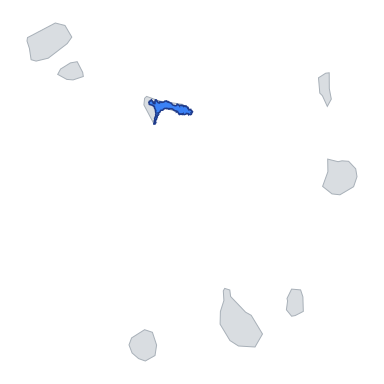 Nossa Senhora Do Rosario, Ribeira Brava, Cabo Verde shown in context
{"feature_id": "66160863B38183693605809", "entity_name": "Nossa Senhora Do Rosario", "entity_type": "district", "adm_level": 2, "iso_a3": "CPV", "parent_name": "Cabo Verde", "parent_adm1": "Ribeira Brava", "projection": "robinson", "projection_center": [-24.164, 16.566], "detail": "fine", "context": "in_parent", "style": "filled", "palette": "blue", "viewbox_px": 384, "rotation_deg": 0, "n_neighbors": 0, "source": "geoboundaries", "source_scale": "gbopen_adm2", "svg_char_len": 6245}
<svg xmlns="http://www.w3.org/2000/svg" viewBox="0 0 384 384"><path d="M262.5,334.0L255.0,347.0L238.5,346.0L230.0,340.6L220.1,324.2L220.4,311.5L223.9,300.5L223.3,290.9L224.7,288.4L229.8,290.0L230.6,296.5L245.6,312.2L251.2,315.3L262.5,334.0ZM48.2,58.2L36.1,61.1L31.1,59.7L29.4,48.4L27.0,41.0L27.5,37.6L55.3,23.0L65.0,25.5L71.8,37.1L67.2,43.6L48.2,58.2ZM327.7,159.1L338.1,161.7L342.0,160.8L348.6,161.3L355.7,168.8L357.0,176.7L353.6,186.7L339.9,194.8L332.0,193.9L322.6,186.4L327.9,171.7L327.7,159.1ZM155.0,355.5L145.3,361.0L138.6,358.6L132.1,353.0L129.0,344.9L131.6,337.9L144.6,329.7L152.4,332.3L156.6,345.1L155.0,355.5ZM182.4,104.3L187.6,108.5L189.3,111.5L181.6,113.0L163.2,107.6L158.2,110.9L153.3,122.7L143.9,104.9L144.6,98.3L146.6,96.4L159.7,101.1L182.4,104.3ZM295.1,315.6L291.6,316.2L286.4,309.8L287.6,300.9L287.0,298.5L291.6,289.1L300.6,289.9L302.9,296.9L303.3,311.4L295.1,315.6ZM83.3,76.5L73.1,79.9L66.8,79.4L57.7,74.4L60.6,69.0L70.4,62.9L77.2,61.7L82.7,72.4L83.3,76.5ZM331.3,99.1L327.3,106.4L322.4,95.7L319.8,93.1L318.5,77.8L325.7,73.2L329.2,72.8L329.3,88.7L331.3,99.1Z" fill="#d9dde1" stroke="#a8b0b8" stroke-width="1"/><path d="M149.9,101.2L149.6,101.5L149.4,101.4L149.3,101.7L149.1,101.8L148.8,102.5L149.2,103.0L149.1,103.4L149.1,103.8L149.3,104.4L149.4,104.5L150.5,104.6L151.1,105.0L151.3,104.9L151.5,105.0L151.8,105.0L152.1,105.1L152.5,105.5L152.8,105.4L153.0,105.5L153.2,105.8L153.6,105.9L153.7,106.2L154.1,106.2L154.4,106.5L154.2,106.8L154.3,107.3L154.6,107.6L154.6,108.4L154.9,108.6L155.0,108.9L155.1,109.0L155.2,109.5L155.4,109.8L155.4,110.0L155.6,110.1L155.6,110.4L155.7,110.5L155.4,110.7L155.4,110.9L155.6,111.3L155.8,112.0L155.6,112.1L155.7,112.7L155.9,113.0L156.0,113.3L156.0,113.9L155.8,114.1L155.9,114.4L155.7,114.7L155.8,114.8L155.7,115.1L155.9,115.5L155.7,115.8L155.7,116.2L155.2,116.9L155.3,117.2L155.2,117.4L155.0,117.5L154.8,118.1L154.6,118.3L154.7,118.6L154.7,119.0L154.7,119.4L154.7,120.1L154.4,120.5L154.5,120.7L154.5,121.5L154.3,121.8L154.3,122.1L154.4,122.4L153.8,123.4L153.9,124.1L154.2,124.7L154.1,124.2L154.4,124.1L154.7,123.8L155.1,124.0L155.5,123.8L155.3,123.8L155.2,123.7L155.3,123.3L155.5,123.1L155.2,123.1L155.1,122.6L155.3,121.6L155.7,121.2L155.6,120.4L155.9,119.9L156.0,119.9L156.6,119.1L156.7,118.2L157.1,117.3L157.3,117.1L157.1,116.7L157.3,115.8L157.5,115.6L157.9,115.5L158.1,115.4L158.1,115.6L158.2,115.4L158.0,114.9L158.0,114.7L158.1,114.0L158.2,113.8L158.4,113.8L158.3,113.7L158.5,113.6L158.4,113.2L158.5,113.1L158.4,113.0L158.5,113.0L158.7,112.7L159.1,112.4L159.6,112.4L159.7,112.0L160.1,111.8L160.2,111.4L160.4,110.8L161.0,110.2L161.3,110.3L161.5,110.3L162.3,110.2L162.8,110.2L163.1,109.7L163.4,109.4L163.4,109.2L163.7,109.1L164.0,108.9L164.2,108.6L164.4,108.5L164.7,108.4L164.9,108.6L165.1,108.4L165.5,108.4L166.3,108.3L166.4,108.5L166.6,108.3L167.0,108.4L167.8,108.4L168.0,108.5L168.0,108.8L168.3,108.9L168.6,108.9L168.7,109.0L168.9,108.8L169.0,108.9L169.1,108.7L169.6,108.7L169.7,108.9L170.0,108.8L170.0,108.7L170.3,108.8L170.4,108.7L170.9,108.7L171.2,108.9L171.4,108.7L172.0,108.8L172.3,108.7L172.5,108.8L172.5,108.7L172.5,108.8L172.7,109.0L173.0,109.5L173.6,109.8L173.6,110.0L173.8,110.1L174.0,110.1L174.3,110.5L175.3,110.9L175.7,110.8L175.8,110.9L175.9,111.0L176.3,111.3L176.5,111.3L176.6,111.6L176.8,111.3L177.0,111.5L176.9,111.7L177.1,111.6L177.2,111.4L177.5,111.4L177.5,111.6L177.7,112.0L177.9,112.2L177.9,112.4L178.0,112.5L178.3,113.0L178.6,113.1L178.8,113.3L178.9,113.6L178.7,113.7L178.7,113.8L178.9,113.8L179.1,113.9L179.2,114.1L179.3,113.9L179.5,113.9L179.5,114.1L179.9,114.3L180.0,114.2L180.2,114.3L180.3,114.3L180.5,113.9L180.8,113.9L181.0,114.2L181.3,114.3L181.4,114.2L181.7,114.3L181.7,114.1L181.9,113.8L182.0,113.8L182.4,113.7L182.8,113.8L182.9,114.1L183.1,113.9L183.1,114.1L183.3,114.4L183.6,114.5L183.9,114.4L184.3,114.6L184.5,114.5L184.5,114.3L184.6,114.5L184.8,114.5L185.0,114.4L185.3,114.3L185.8,114.2L186.3,113.8L186.4,113.4L186.6,113.4L187.0,113.7L187.3,113.9L187.6,113.8L187.9,113.5L188.2,113.6L188.3,113.8L188.6,114.0L188.7,114.6L188.8,114.5L189.0,114.5L189.2,114.3L189.8,114.4L190.3,114.7L190.5,114.7L190.8,114.6L190.9,114.4L191.4,114.2L191.4,113.7L191.5,113.5L191.4,113.3L191.6,113.4L191.7,113.1L191.7,112.9L191.9,112.8L191.9,112.6L192.1,112.3L192.3,112.2L192.2,111.9L192.4,111.7L192.1,111.5L192.2,111.4L192.1,111.1L191.7,110.9L191.7,110.7L191.5,110.4L191.2,110.4L191.2,110.2L190.8,110.2L190.6,110.6L190.6,110.1L190.5,109.9L190.5,109.5L189.9,109.8L189.6,109.6L188.9,109.8L188.9,109.7L188.6,108.8L188.5,108.5L188.2,108.6L188.1,107.7L187.8,107.3L187.7,107.4L187.7,107.2L187.0,107.0L186.6,106.7L186.2,106.7L186.2,106.3L185.8,106.4L185.6,106.3L185.6,106.1L185.2,106.2L184.9,106.0L184.7,106.1L184.7,105.9L184.3,106.0L183.8,105.7L183.4,105.7L183.4,105.8L183.2,105.7L183.1,105.8L183.1,106.0L183.0,105.9L183.0,105.7L182.7,105.4L182.0,105.5L181.8,105.3L181.6,105.5L181.5,105.4L181.0,105.2L180.8,105.4L180.7,105.4L180.1,105.3L179.9,105.5L179.7,105.4L179.6,105.5L179.4,105.4L179.4,105.6L179.2,105.3L179.0,105.2L178.7,105.1L178.5,104.9L178.1,104.9L178.0,104.7L177.8,104.5L177.7,104.7L177.4,104.6L177.1,104.4L177.0,104.8L176.7,105.0L176.5,105.3L176.1,105.7L175.3,105.8L174.9,105.8L174.3,105.4L173.4,105.3L172.8,105.0L172.1,104.4L171.8,103.7L171.4,103.2L171.0,103.2L170.2,102.9L169.9,102.7L169.6,102.3L168.9,102.1L168.6,101.9L168.6,102.2L168.5,102.3L167.6,102.0L167.3,101.7L167.1,101.6L166.9,101.4L166.7,101.4L166.8,101.1L166.6,100.9L166.2,101.1L165.1,101.0L164.9,101.2L164.6,101.3L164.0,102.0L163.4,102.2L162.8,102.2L162.1,102.4L161.9,102.1L161.5,102.2L161.4,102.0L161.1,102.0L160.8,101.8L160.7,101.9L160.7,102.0L160.4,102.0L160.1,102.0L160.1,102.3L159.9,102.5L159.8,102.4L159.8,102.6L159.6,103.0L159.3,103.1L159.2,103.0L158.3,102.8L158.2,102.6L157.8,102.4L157.8,101.9L157.6,101.7L157.7,101.3L157.4,101.0L157.1,101.0L156.8,101.1L156.7,101.0L156.3,100.9L156.1,100.7L156.1,100.0L155.8,100.1L155.6,99.9L155.4,99.9L155.2,100.1L155.3,100.4L155.2,101.2L154.8,101.7L155.0,102.5L155.0,103.4L154.9,103.6L154.6,103.5L154.4,103.7L153.4,103.5L153.2,103.1L153.3,102.8L153.7,102.2L153.3,101.9L153.1,102.0L152.8,102.0L152.8,101.8L152.3,101.5L152.2,100.8L151.8,100.6L151.3,100.6L151.1,100.4L151.2,100.0L150.5,100.5L150.1,101.2L149.9,101.2Z" fill="#3b82f6" stroke="#1e3a8a" stroke-width="1.5"/></svg>